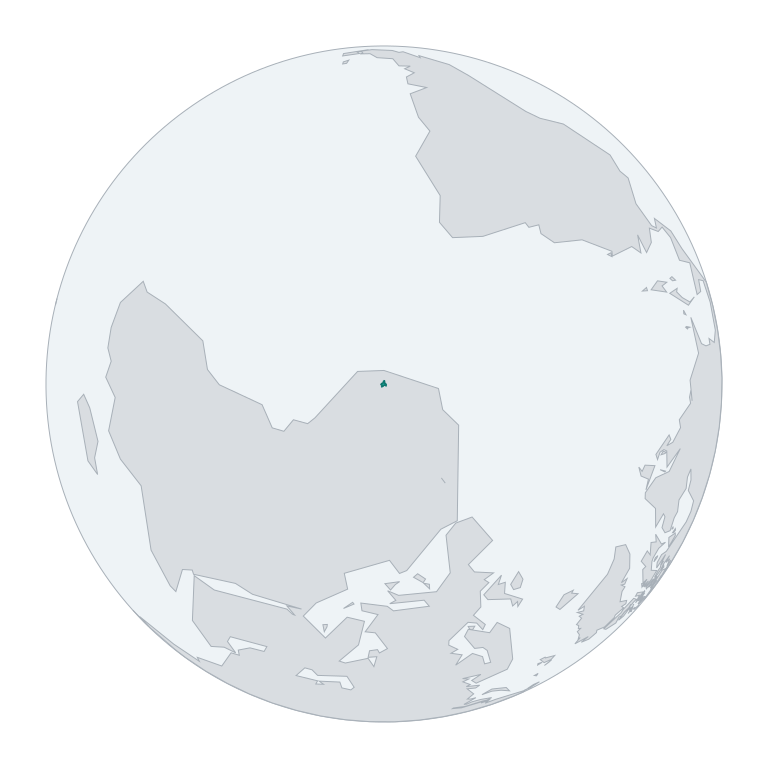 Guéckédou highlighted on a globe, orthographic projection, rotated 144°
{"feature_id": "GIN-5640", "entity_name": "Guéckédou", "entity_type": "Prefecture", "adm_level": 1, "iso_a3": "GIN", "parent_name": "Guinea", "parent_adm1": "", "projection": "orthographic", "projection_center": [-10.351, 8.727], "detail": "fine", "context": "on_globe", "style": "filled", "palette": "teal", "viewbox_px": 768, "rotation_deg": 144, "n_neighbors": 0, "source": "natural_earth", "source_scale": "10m", "svg_char_len": 9492}
<svg xmlns="http://www.w3.org/2000/svg" viewBox="0 0 768 768"><g transform="rotate(144 384 384)"><circle cx="384" cy="384" r="338" fill="#eef3f6" stroke="#a8b0b8"/><path d="M280.7,62.2L255.5,72.8L262.1,70.4L255.5,74.7L260.7,73.9L253.9,77.3L264.0,74.0L269.2,71.1L275.3,69.0L278.9,68.6L270.8,72.4L267.9,73.2L267.4,74.2L261.8,76.5L266.6,75.1L256.4,80.6L271.6,74.9L267.9,79.0L259.7,82.8L253.9,82.7L220.6,94.8L210.6,100.5L202.2,107.5L200.4,119.0L192.1,125.9L185.6,134.9L193.2,130.3L201.0,121.9L213.5,116.8L221.5,108.2L227.8,105.2L238.7,97.2L244.1,98.5L243.5,104.4L234.7,111.5L234.2,114.7L248.3,108.6L237.5,123.7L240.1,137.8L236.5,142.4L219.2,148.4L204.7,145.6L182.2,157.6L203.9,150.4L194.6,163.6L196.1,166.4L200.8,166.6L207.1,162.1L205.4,167.2L183.3,175.2L184.5,170.6L191.5,167.8L184.6,167.1L169.7,174.4L166.1,181.5L147.3,188.2L144.6,193.7L139.0,198.9L144.6,189.3L134.1,207.2L111.4,224.0L96.6,257.6L103.4,230.0L101.1,225.6L97.0,224.5L94.3,229.8L92.4,223.5L84.3,232.8L72.0,258.5L65.1,280.0L68.1,283.5L73.4,272.7L78.1,272.3L65.4,302.3L72.2,310.4L66.1,334.0L66.8,347.5L72.5,346.2L77.7,354.1L84.5,341.4L94.3,336.0L91.2,355.6L99.1,339.0L102.8,349.6L124.0,353.2L121.6,357.4L139.0,384.2L163.1,398.1L168.6,413.4L165.2,421.8L174.7,425.6L174.9,431.5L217.2,445.3L242.5,462.1L244.1,482.2L227.8,503.4L224.5,549.7L198.2,561.6L199.3,579.5L192.2,603.4L175.3,598.8L188.2,612.8L185.4,619.2L176.6,618.0L182.0,626.9L175.9,625.7L184.9,632.6L185.7,642.0L197.8,652.1L201.1,659.4L209.3,665.1L206.6,664.3L206.6,665.6L210.2,668.5L197.2,661.6L181.3,649.0L177.0,643.5L173.3,641.6L162.9,626.7L162.7,629.1L143.5,604.1L134.3,584.0L109.1,521.2L101.6,507.3L86.1,488.9L66.5,436.4L68.0,417.5L65.4,407.2L74.2,381.7L74.4,354.8L71.9,350.1L67.9,359.0L62.0,339.2L63.4,318.3L63.4,277.1L72.0,254.2L82.2,232.1L93.9,210.7L107.1,190.2L121.8,170.8L137.9,152.4L155.2,135.3L173.8,119.4L193.4,105.0L214.0,91.9L235.5,80.4L257.8,70.5L280.7,62.2ZM91.4,268.8L99.5,289.4L90.6,289.1L93.1,286.5L91.9,278.6L88.3,270.5L81.7,272.1L91.4,268.8ZM104.9,252.1L103.1,250.1L105.4,250.7L104.9,252.1ZM235.0,97.3L236.7,97.3L233.8,98.7L235.0,97.3ZM238.0,94.1L233.3,95.8L234.0,94.5L236.9,93.5L238.0,94.1ZM243.7,92.4L236.0,92.2L237.4,90.2L249.6,84.8L243.7,92.4ZM269.3,70.5L263.9,73.5L265.1,71.5L269.3,70.5ZM268.6,69.9L263.5,68.9L273.3,65.1L273.0,65.8L283.0,61.9L290.2,60.3L286.4,62.2L278.6,64.8L287.3,62.3L268.6,69.9ZM277.9,68.0L276.0,67.8L284.3,64.3L289.6,64.1L285.2,65.2L277.9,68.0ZM282.0,61.9L289.1,59.7L297.0,57.7L300.8,56.7L291.2,60.0L282.0,61.9ZM285.1,65.8L292.1,64.1L291.4,65.6L280.3,68.0L285.1,65.8ZM284.2,63.7L288.4,62.1L287.8,62.8L284.2,63.7ZM292.9,71.1L290.5,70.3L294.6,68.2L292.9,71.1ZM294.7,63.5L294.9,63.0L296.3,62.3L300.6,61.6L294.7,63.5ZM297.4,58.6L299.2,58.5L301.7,57.1L307.7,56.1L300.2,58.7L306.0,57.2L307.8,56.9L299.6,59.5L297.4,58.6ZM309.1,59.1L301.6,62.9L305.3,64.5L301.7,66.2L296.5,63.5L309.1,59.1ZM304.2,59.0L306.4,59.3L300.9,60.9L296.0,61.7L304.2,59.0ZM314.4,54.7L307.2,55.5L309.1,55.0L314.4,54.7ZM311.2,59.1L313.0,58.2L312.1,59.0L311.2,59.1ZM314.7,55.5L311.9,55.8L314.1,55.1L314.7,55.5ZM318.8,56.6L316.4,57.7L313.0,58.0L318.8,56.6ZM317.8,55.8L321.5,54.9L313.2,57.5L316.2,56.0L317.8,55.8ZM317.2,54.9L317.6,54.6L318.1,54.9L317.2,54.9ZM333.1,55.0L323.5,58.1L315.9,58.8L326.4,55.5L333.1,55.0ZM222.5,675.1L200.0,663.6L211.0,669.2L209.6,665.8L224.6,673.7L222.5,675.1ZM222.1,666.7L225.8,665.4L229.3,667.2L227.6,668.5L222.1,666.7ZM705.4,279.7L709.0,291.9L716.4,323.8L718.4,339.6L707.0,297.2L696.4,268.2L695.7,272.6L681.0,251.2L665.7,256.4L660.5,249.6L658.3,254.4L647.5,249.3L638.2,238.1L633.1,240.4L656.9,269.9L662.0,267.7L662.0,253.7L668.0,265.0L678.1,273.3L678.0,305.3L650.2,340.5L642.4,317.1L594.8,258.9L593.4,251.7L593.0,250.9L592.1,249.6L593.0,261.5L583.0,250.4L614.0,291.2L621.4,310.0L649.9,342.0L648.5,346.2L656.1,352.4L674.4,338.4L675.6,346.4L670.1,386.5L640.3,444.4L641.4,478.2L634.3,508.0L609.4,531.1L605.1,553.1L591.3,562.8L586.2,575.5L571.5,590.1L549.3,604.9L518.4,608.6L521.6,597.6L513.8,577.3L505.2,525.4L518.3,499.5L517.7,480.2L494.8,438.9L500.2,414.2L492.8,404.6L478.3,408.3L469.1,396.8L459.8,397.2L398.0,409.7L376.1,395.0L342.6,348.3L351.6,328.7L347.8,306.8L405.1,230.3L423.3,233.1L475.3,219.7L482.8,221.6L483.2,238.1L527.4,254.2L534.0,239.4L567.6,246.7L585.7,243.7L580.7,212.9L550.9,217.0L539.3,203.5L558.0,187.9L583.1,186.2L579.3,181.0L558.1,171.4L558.3,161.3L550.1,167.6L557.5,172.2L552.5,176.7L545.4,172.9L545.8,169.1L536.7,167.9L537.3,187.8L544.9,194.6L524.4,201.0L535.1,213.5L531.5,220.4L512.0,202.2L509.7,194.9L478.0,177.6L478.6,185.5L508.5,202.9L501.6,202.0L502.6,214.6L496.4,204.4L463.6,185.1L441.4,192.3L422.7,225.2L407.7,229.3L390.9,224.6L388.1,193.6L421.9,188.3L421.3,178.8L406.4,166.8L417.9,166.8L415.9,161.7L427.9,159.8L436.7,146.7L447.6,144.3L443.4,129.9L448.5,127.2L449.5,136.1L456.1,141.8L482.3,138.2L485.1,134.7L480.3,126.0L488.1,126.8L480.0,119.0L491.3,114.4L470.8,114.0L464.5,105.5L467.1,98.5L461.3,96.1L457.1,107.8L458.8,112.7L466.1,116.8L467.3,132.4L460.0,136.0L444.7,120.7L432.6,124.6L426.0,112.4L441.5,85.9L451.9,80.8L485.3,87.8L487.3,92.6L476.3,92.1L493.6,99.5L488.8,95.5L495.3,96.7L490.9,90.2L495.3,90.8L483.6,84.1L488.5,84.2L495.9,88.5L493.6,80.6L501.7,80.1L499.1,78.2L494.0,76.2L507.7,77.8L505.2,76.4L499.7,75.2L491.1,71.9L481.2,67.0L486.5,67.8L490.7,69.6L507.7,75.4L518.3,81.1L519.4,81.1L511.5,76.4L490.8,69.2L483.4,66.2L493.0,68.9L488.9,67.6L486.9,66.4L489.8,66.3L479.1,63.3L449.4,53.1L452.1,53.0L464.0,55.7L461.4,55.1L485.3,61.6L508.6,69.9L531.3,79.9L553.2,91.5L574.1,104.6L594.1,119.3L612.9,135.4L630.5,152.8L646.7,171.5L661.6,191.3L674.9,212.1L686.7,233.9L696.9,256.4L705.4,279.7ZM392.7,267.8L392.8,274.3L392.7,267.8ZM614.9,200.9L626.5,199.8L612.2,182.9L615.5,181.4L609.4,176.6L611.1,181.7L594.9,168.8L596.7,162.9L590.6,156.0L586.4,156.2L585.8,169.3L609.0,187.3L610.2,195.1L614.9,200.9ZM124.8,353.1L127.0,357.4L123.3,356.8L124.8,353.1ZM87.1,296.6L89.9,297.9L90.6,301.4L88.0,301.6L87.1,296.6ZM116.0,304.6L120.3,307.3L114.9,307.8L116.0,304.6ZM101.3,292.2L112.5,303.2L102.1,306.7L95.4,300.1L101.4,299.9L101.3,292.2ZM99.0,262.5L100.2,264.5L98.3,267.7L99.0,262.5ZM106.6,252.7L105.7,252.7L106.1,249.7L106.6,252.7ZM195.9,163.0L197.6,162.6L201.4,163.9L197.6,165.5L195.9,163.0ZM230.1,158.4L226.7,167.0L226.5,161.6L220.5,164.9L212.8,158.7L234.3,144.4L226.0,151.6L230.1,158.4ZM208.5,147.8L211.0,152.4L207.4,148.0L208.5,147.8ZM393.4,139.2L400.0,141.5L399.3,147.4L385.4,153.1L386.3,144.4L393.4,139.2ZM409.6,143.7L398.3,128.5L406.5,125.3L403.8,129.5L410.4,128.8L407.8,135.6L426.7,148.5L427.2,154.8L401.3,160.3L409.4,154.6L402.4,152.3L409.6,143.7ZM355.1,104.5L350.3,100.3L374.2,98.2L375.9,102.5L362.2,107.7L352.1,105.9L355.1,104.5ZM266.7,83.9L263.3,84.2L265.5,82.9L270.2,81.5L266.7,83.9ZM291.4,70.8L283.7,81.8L279.5,82.5L280.1,89.4L269.1,94.2L269.1,89.3L261.1,98.8L256.6,96.3L252.5,102.8L253.6,91.5L249.3,90.5L258.3,89.6L268.5,85.1L271.6,82.9L277.3,76.2L273.0,72.8L282.5,68.7L290.3,66.7L292.8,66.8L285.8,69.3L294.1,67.8L286.0,71.5L291.4,70.8ZM376.2,59.1L367.2,59.6L382.3,61.6L374.3,63.5L376.6,63.7L373.3,66.3L373.2,70.0L368.6,70.7L370.6,71.9L368.5,74.1L369.7,76.2L361.8,78.4L362.6,81.4L358.4,80.8L361.9,85.5L355.8,83.1L352.5,86.4L360.1,86.9L315.0,98.7L300.7,107.1L292.2,115.9L282.9,112.0L285.0,101.9L293.6,90.5L308.7,83.7L301.7,83.7L306.9,80.6L310.2,81.9L308.2,78.3L313.3,76.3L321.0,69.1L314.9,66.3L317.5,64.1L322.5,64.3L321.7,62.1L332.8,61.1L335.0,59.7L348.2,57.8L356.5,59.7L358.3,58.0L368.3,57.2L376.2,59.1ZM336.9,54.4L348.7,55.1L350.1,56.8L326.6,59.6L323.1,61.0L308.0,63.8L306.4,61.5L310.8,60.8L314.7,59.7L313.7,60.8L317.5,59.1L323.7,58.2L328.3,56.8L330.9,57.3L336.9,54.4ZM487.5,214.9L492.6,215.1L499.8,213.5L500.6,221.9L487.5,214.9ZM465.0,201.8L469.1,200.3L473.7,210.3L468.3,210.7L465.0,201.8ZM467.5,191.5L469.0,199.5L465.0,195.3L467.5,191.5ZM452.9,134.7L456.8,133.1L458.7,135.0L458.4,138.4L452.9,134.7ZM419.6,69.2L414.2,68.3L414.4,67.5L405.5,64.0L410.8,62.9L418.2,64.5L419.6,69.2ZM577.9,218.7L574.9,225.2L571.2,222.8L572.9,221.0L577.9,218.7ZM537.6,223.6L548.7,226.2L537.7,225.8L537.6,223.6ZM423.8,67.3L419.6,65.9L424.9,66.3L423.8,67.3ZM414.2,62.0L419.7,62.0L410.4,62.4L414.2,62.0ZM598.7,645.0L598.3,645.3L603.5,640.9L602.0,642.2L598.7,645.0ZM668.7,495.8L642.3,549.9L633.0,552.2L636.1,537.6L649.1,505.7L661.5,494.4L668.9,479.1L668.7,495.8ZM720.0,347.9L720.1,348.6L717.0,326.6L718.4,335.6L720.0,347.9ZM462.8,62.0L469.2,67.4L477.3,72.1L487.4,75.1L476.0,73.8L463.5,66.6L462.8,62.0ZM450.5,53.8L441.7,52.1L443.6,52.1L445.9,52.5L450.5,53.8ZM446.6,53.3L439.6,53.0L433.3,51.7L440.1,52.1L446.6,53.3ZM432.2,58.3L433.7,59.8L429.4,59.3L432.2,58.3Z" fill="#d9dde1" stroke="#a8b0b8" stroke-width="1"/><path d="M382.6,382.1L383.0,381.8L383.1,381.7L383.3,381.3L383.5,381.4L383.5,381.5L383.5,381.9L383.5,382.0L383.8,382.1L384.3,382.8L384.7,382.9L384.7,383.0L384.8,383.0L385.1,383.1L385.5,383.1L385.8,383.0L385.8,382.9L386.1,382.7L386.4,382.8L387.4,383.0L387.3,383.4L387.0,383.5L386.8,383.6L386.6,383.8L386.5,384.2L386.8,385.3L386.7,385.4L386.4,385.4L386.3,385.5L386.0,385.6L385.8,385.8L385.7,385.8L385.6,385.7L385.6,385.4L385.2,385.2L384.8,385.4L384.7,385.5L384.6,385.4L384.4,385.4L384.2,385.4L383.9,385.4L383.7,385.5L383.4,385.9L383.4,386.0L383.0,386.3L382.8,386.5L382.7,386.5L382.5,386.4L382.4,386.3L382.2,386.3L381.9,386.5L381.8,386.4L382.0,386.2L382.1,385.9L382.2,385.4L382.3,385.4L382.3,385.2L382.5,385.1L382.5,384.9L382.8,384.7L383.0,384.6L383.2,384.3L383.0,384.0L383.0,383.9L382.9,383.9L382.6,383.5L382.6,383.4L382.5,383.2L382.5,382.7L382.6,382.2L382.6,382.1Z" fill="#14b8a6" stroke="#0f766e" stroke-width="1.5"/></g></svg>